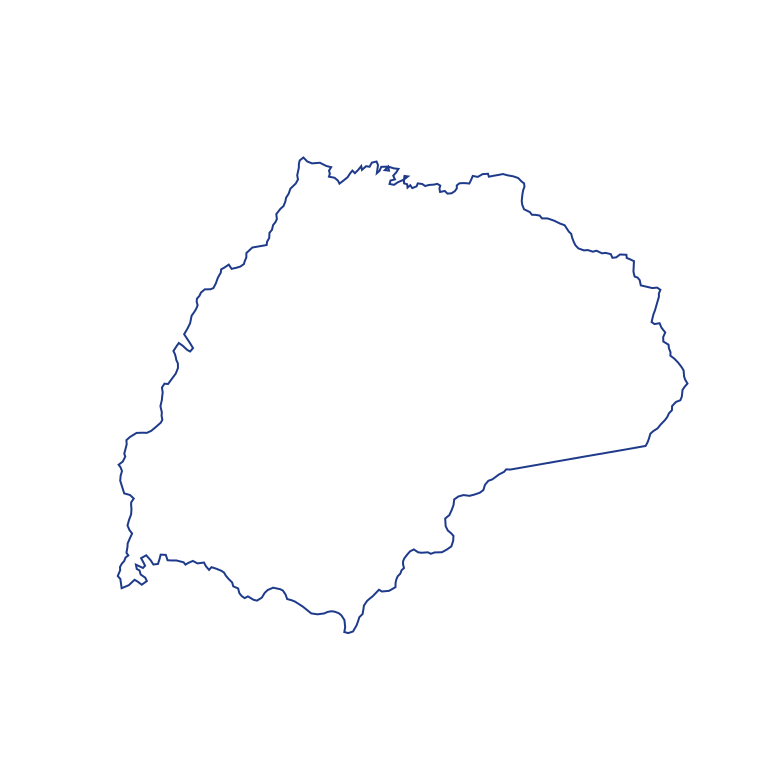 the district of Reserva, Paraná, Brazil, rotated 259°
{"feature_id": "56859067B47646649937177", "entity_name": "Reserva", "entity_type": "district", "adm_level": 2, "iso_a3": "BRA", "parent_name": "Brazil", "parent_adm1": "Paraná", "projection": "albers", "projection_center": [-50.945, -24.594], "detail": "fine", "context": "isolated", "style": "outline", "palette": "blue", "viewbox_px": 768, "rotation_deg": 259, "n_neighbors": 0, "source": "geoboundaries", "source_scale": "gbopen_adm2", "svg_char_len": 5186}
<svg xmlns="http://www.w3.org/2000/svg" viewBox="0 0 768 768"><g transform="rotate(259 384 384)"><path d="M340.2,680.7L343.9,679.3L348.7,676.9L353.4,673.9L357.2,670.5L360.5,671.3L364.6,670.5L368.3,670.8L372.4,666.3L376.8,667.0L380.9,669.9L386.4,667.1L391.1,666.1L391.2,661.0L393.7,658.5L398.0,660.4L401.0,661.8L404.7,664.1L413.7,668.7L417.1,670.5L420.4,671.1L423.7,673.3L426.5,670.5L427.0,665.6L429.0,661.2L431.8,654.9L437.2,654.8L440.1,653.2L441.7,650.5L446.7,650.3L456.9,652.8L459.4,649.4L461.4,646.3L464.6,646.6L466.1,640.4L464.0,636.1L464.3,632.3L468.2,631.4L470.4,626.6L470.7,622.9L474.3,618.0L474.0,614.3L476.6,609.6L477.0,605.8L480.0,600.7L483.6,598.4L487.2,597.4L491.8,596.6L495.7,596.4L498.3,594.5L505.4,591.6L507.9,587.4L511.7,582.4L513.4,579.5L515.4,576.0L516.4,570.7L519.7,568.9L521.1,565.0L521.9,561.5L524.9,560.0L528.8,554.8L533.4,553.9L537.3,554.1L543.6,556.0L547.9,557.7L550.8,559.5L554.2,559.8L556.5,557.7L560.6,555.0L563.2,550.5L565.2,545.3L567.4,540.8L567.4,536.5L567.5,531.0L567.5,526.5L570.5,526.2L571.2,520.8L569.4,515.6L571.3,510.8L567.8,508.5L564.5,506.0L565.5,502.7L566.2,499.6L566.6,496.3L565.0,493.3L562.1,492.8L559.7,490.2L558.3,486.6L558.8,482.6L561.9,480.5L561.8,475.7L565.3,475.7L568.0,477.1L570.3,474.5L570.2,471.2L570.8,466.2L570.5,462.2L573.0,459.7L574.5,455.4L571.8,453.7L570.9,449.1L574.1,447.7L572.3,444.6L575.7,444.8L577.1,442.0L580.9,442.6L579.3,435.8L577.6,431.9L579.3,427.6L582.5,429.2L582.8,433.8L586.7,432.8L589.5,436.5L592.4,439.2L593.8,434.8L596.6,429.6L597.7,422.7L594.1,420.3L592.3,417.2L600.1,419.9L603.8,419.1L603.6,414.3L600.0,411.3L601.2,408.0L598.4,403.2L602.2,403.2L599.1,399.5L596.5,395.7L599.5,393.7L597.3,391.0L593.9,387.7L591.3,382.8L589.2,378.5L592.4,377.6L595.9,374.8L598.0,369.5L600.8,371.0L603.9,370.7L606.9,373.5L609.0,369.0L613.4,363.3L614.3,355.5L617.0,351.2L621.7,348.1L619.5,343.9L616.2,342.4L612.6,341.7L605.4,338.6L601.2,338.6L597.6,335.6L593.6,329.4L589.1,326.8L585.5,323.4L582.2,322.1L577.9,319.4L575.7,315.7L571.3,310.7L566.3,310.3L563.8,308.5L561.1,305.4L556.8,303.5L554.2,300.4L549.3,299.2L546.0,296.4L542.8,295.3L543.1,280.8L538.8,273.9L534.5,273.0L531.1,270.7L528.5,269.4L526.7,265.4L526.3,261.6L526.1,256.4L530.8,254.4L528.7,249.4L527.6,246.0L524.4,245.0L522.2,243.0L519.7,241.0L514.8,238.1L510.7,234.8L510.1,231.7L511.1,226.2L508.7,221.8L505.6,219.5L503.4,216.6L500.4,215.8L496.9,216.1L493.5,213.9L490.5,211.1L487.8,208.2L480.7,205.3L475.7,201.5L471.0,197.3L461.3,201.3L455.7,203.4L452.9,199.9L454.8,197.5L460.2,193.5L463.4,190.4L460.6,187.5L456.6,183.6L453.1,184.5L450.2,184.7L447.2,184.7L443.5,185.6L439.0,184.8L434.0,181.6L425.2,172.0L426.2,168.5L422.8,165.3L418.1,165.2L414.8,164.1L410.7,162.9L404.9,160.3L398.5,160.5L395.3,159.6L391.2,159.6L388.7,157.6L385.7,152.5L382.4,146.5L381.3,141.8L382.2,138.0L383.2,131.8L380.4,124.4L378.0,120.4L373.9,119.9L369.2,117.7L365.1,115.7L362.2,116.2L357.7,112.8L355.4,108.1L352.5,109.5L348.5,110.2L344.3,108.0L339.4,106.6L326.2,108.1L323.5,113.5L319.3,116.5L316.0,113.2L313.0,112.6L309.7,112.3L304.3,110.9L299.1,107.7L294.0,105.2L289.1,106.3L285.3,108.2L280.9,105.0L276.3,101.9L273.0,101.1L267.5,99.0L264.5,100.3L263.0,97.2L259.8,95.2L257.6,92.3L254.7,89.9L251.6,89.5L246.3,86.0L242.9,88.0L233.6,87.5L235.2,95.1L239.4,101.8L237.1,104.4L233.2,107.9L235.8,113.6L239.4,112.7L243.4,108.8L247.7,108.4L249.6,106.0L254.0,106.0L249.4,112.3L251.2,114.8L255.7,113.5L259.4,112.3L261.2,117.9L255.7,121.2L250.8,123.2L250.5,127.8L255.1,130.3L259.1,132.2L257.9,137.2L252.3,137.9L251.3,141.8L250.4,146.5L247.2,153.3L244.6,154.6L245.7,157.8L246.8,162.6L243.5,166.7L243.1,173.2L239.1,174.4L234.9,176.8L237.1,179.7L234.7,184.1L231.7,188.7L229.4,191.0L226.2,192.1L222.7,194.0L218.1,197.1L214.2,197.4L211.1,201.8L206.3,202.1L202.9,203.9L200.4,206.4L201.5,209.9L197.1,214.7L195.6,218.0L197.6,223.3L201.7,227.0L204.0,230.6L205.2,236.3L202.4,242.9L200.6,245.3L196.1,247.2L191.4,247.9L189.4,252.0L187.4,255.1L180.9,261.9L172.7,268.8L170.6,274.8L170.2,281.7L171.0,285.0L171.0,288.7L170.1,291.8L167.7,295.8L165.1,298.0L159.8,300.1L152.7,299.5L148.1,297.7L146.3,301.4L147.0,306.4L152.3,311.0L156.1,313.3L159.8,315.3L162.3,319.1L167.3,321.0L170.3,322.0L174.3,326.0L176.1,329.1L177.8,332.4L181.1,337.1L183.0,339.8L180.7,342.4L180.0,349.5L182.4,356.5L186.5,357.4L189.6,358.7L192.6,360.7L194.7,363.8L197.8,365.7L199.5,368.5L203.5,368.3L206.3,368.9L208.8,370.5L212.2,374.3L214.8,377.7L215.9,381.7L212.3,385.4L211.2,388.5L210.4,395.0L208.4,397.5L209.0,401.6L207.8,408.7L209.4,413.8L211.7,419.1L216.9,422.0L221.7,423.2L224.7,421.4L228.0,418.7L232.6,417.4L240.3,418.4L242.8,423.1L247.1,426.2L251.8,429.1L257.3,430.9L259.4,435.6L259.8,440.9L257.9,446.6L258.2,451.6L259.0,457.3L260.9,461.3L265.8,463.9L269.1,468.0L269.7,472.1L273.3,479.7L274.8,485.0L276.9,487.7L275.9,491.7L274.5,567.6L273.7,604.4L273.3,629.0L276.3,631.5L279.6,633.5L284.4,636.0L286.5,639.6L288.2,644.0L291.7,648.2L294.8,652.7L297.5,655.7L300.9,658.2L303.4,661.7L307.4,662.6L310.7,667.2L311.5,671.8L314.7,673.9L321.4,676.0L324.1,678.8L326.5,682.0L330.7,680.5L334.2,680.0L340.2,680.7ZM596.6,429.6L592.5,429.6L593.8,425.6L596.6,429.6ZM580.9,442.6L583.2,447.1L584.3,443.8L580.9,442.6Z" fill="none" stroke="#1e3a8a" stroke-width="2"/></g></svg>